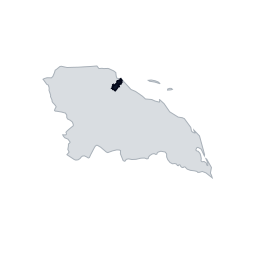 Arizona, Atlántida, Honduras shown in context, rotated 36°
{"feature_id": "27666195B1306465468635", "entity_name": "Arizona", "entity_type": "district", "adm_level": 2, "iso_a3": "HND", "parent_name": "Honduras", "parent_adm1": "Atlántida", "projection": "orthographic", "projection_center": [-87.352, 15.642], "detail": "fine", "context": "in_parent", "style": "filled", "palette": "ink", "viewbox_px": 256, "rotation_deg": 36, "n_neighbors": 0, "source": "geoboundaries", "source_scale": "gbopen_adm2", "svg_char_len": 4437}
<svg xmlns="http://www.w3.org/2000/svg" viewBox="0 0 256 256"><g transform="rotate(36 128 128)"><path d="M225.4,118.8L217.4,118.5L213.6,119.5L211.9,121.8L210.5,122.9L209.3,122.6L206.9,123.6L203.3,125.6L200.0,126.5L197.1,126.0L196.2,126.5L196.0,127.2L195.6,127.8L194.4,128.2L193.1,128.0L191.7,127.3L190.9,127.7L190.8,129.0L190.0,129.3L188.5,128.7L186.8,129.2L185.0,130.8L182.3,131.2L178.9,130.3L176.3,128.7L174.4,126.2L172.1,125.6L168.2,127.5L166.6,129.7L166.3,131.0L166.7,132.2L166.0,133.0L164.1,133.4L162.8,134.9L161.8,137.5L161.7,139.5L162.3,140.9L161.4,141.9L159.0,142.6L156.2,144.8L152.9,148.6L149.7,151.2L146.5,152.7L145.0,154.4L145.1,156.2L144.9,156.8L144.3,157.0L143.2,157.2L137.0,153.3L135.2,150.6L133.7,151.0L131.7,152.4L129.0,155.5L126.1,159.8L124.6,160.2L117.3,159.6L113.4,160.0L112.6,160.6L112.2,162.1L112.4,164.2L113.5,171.6L114.1,174.6L113.5,175.6L111.6,175.7L109.0,176.2L107.6,177.6L107.2,179.0L107.1,181.0L106.3,183.1L104.7,184.6L103.1,185.1L94.3,185.5L94.5,182.1L91.9,180.7L90.5,177.8L89.2,175.9L89.6,174.8L89.5,173.4L85.9,172.3L82.6,173.1L80.6,172.6L79.2,171.9L81.7,170.2L81.8,169.1L81.1,168.4L80.3,167.9L80.5,166.0L81.0,163.7L82.4,158.4L81.9,157.5L79.6,155.9L76.8,155.7L73.7,156.2L72.2,155.4L70.9,153.6L68.6,152.7L64.7,154.2L60.5,156.3L59.2,157.1L58.2,157.0L57.7,155.4L57.5,153.4L57.2,152.9L55.0,152.2L52.4,151.7L51.1,151.2L49.9,149.9L46.8,148.1L46.1,146.9L41.9,143.9L41.1,142.5L40.1,141.4L38.2,140.1L36.6,140.4L31.4,138.7L30.6,138.5L31.3,137.1L33.0,134.9L36.6,132.4L36.9,130.4L36.0,126.5L35.1,124.0L35.6,122.8L36.8,118.3L37.7,117.3L42.9,115.0L43.4,114.7L47.5,111.5L52.1,108.0L56.8,104.1L62.1,99.8L65.1,97.2L66.4,96.1L69.5,97.0L71.9,95.0L73.3,94.3L76.5,91.8L77.5,91.3L82.9,90.2L85.5,90.3L87.8,92.8L89.6,94.2L93.1,93.0L95.9,92.7L107.8,95.1L112.5,94.0L121.1,93.8L125.0,94.3L130.5,91.0L134.0,90.3L138.1,88.7L137.5,87.1L136.5,86.4L142.8,87.1L152.2,90.4L162.2,89.7L165.8,87.8L168.1,87.3L178.4,90.6L181.2,93.2L183.3,93.4L184.9,92.8L185.3,92.3L183.3,91.7L182.4,90.9L190.5,92.4L205.8,104.7L206.2,105.7L199.6,102.1L196.2,102.5L195.3,103.1L195.5,105.1L195.9,106.0L197.3,106.1L198.4,105.6L201.1,106.2L202.9,107.5L205.1,109.5L206.4,111.7L207.8,111.8L209.2,110.4L211.8,110.2L213.5,111.7L214.6,111.5L212.9,109.2L209.0,107.0L209.9,106.9L218.7,110.9L221.2,116.1L223.3,117.2L225.4,118.8ZM122.9,75.0L117.9,77.5L116.4,77.5L118.6,75.5L122.3,73.8L125.5,73.0L128.0,73.3L122.9,75.0ZM140.0,72.2L137.7,74.1L137.2,73.2L138.3,71.5L139.8,70.5L141.2,70.6L140.8,71.3L140.0,72.2Z" fill="#d9dde1" stroke="#a8b0b8" stroke-width="1"/><path d="M94.8,92.9L94.4,92.8L93.2,92.3L93.1,92.6L92.9,92.9L92.9,93.0L93.0,93.1L93.4,94.2L93.3,94.3L93.2,94.4L93.0,94.5L92.9,94.6L93.0,94.8L92.9,94.8L92.6,94.9L92.6,95.0L92.4,95.1L92.5,95.1L92.4,95.2L92.4,95.3L92.2,95.7L91.9,95.8L91.6,96.1L91.8,96.9L91.8,97.0L91.9,97.3L92.0,97.3L92.1,97.2L92.3,97.0L92.3,96.9L92.8,98.1L92.1,99.8L92.3,100.4L92.3,100.5L92.1,100.7L92.1,100.8L92.0,101.0L91.9,100.9L91.8,101.0L91.7,101.1L91.6,101.3L91.4,101.4L91.4,101.5L91.2,101.7L91.1,101.8L90.9,101.9L90.7,102.0L90.6,101.9L90.6,102.0L90.4,102.1L90.5,102.2L90.6,102.3L90.7,102.5L90.8,102.6L91.0,102.7L91.3,102.6L91.2,102.8L91.3,103.0L91.2,103.1L91.1,103.3L91.1,103.5L91.2,103.8L91.3,103.9L91.4,104.0L91.2,104.0L91.3,104.2L91.5,104.2L91.5,104.3L91.6,104.5L91.6,104.8L91.7,104.7L91.8,104.7L91.8,104.8L91.8,105.0L91.9,104.9L92.0,104.9L92.0,105.0L92.4,105.1L92.2,105.2L92.3,105.2L92.4,105.3L92.5,105.2L92.6,105.3L92.8,105.3L92.7,105.4L92.8,105.5L93.0,105.6L92.9,105.6L93.0,105.7L93.3,105.5L93.4,105.4L93.5,105.4L93.9,105.2L94.0,105.0L94.4,105.2L94.5,105.2L94.8,105.1L94.9,105.3L95.0,105.4L95.1,105.5L95.3,105.4L95.5,105.3L95.8,105.3L95.9,103.6L95.9,100.1L96.0,100.0L96.1,99.9L96.3,99.7L96.5,99.6L96.4,99.5L96.2,99.5L96.2,99.4L95.9,99.3L95.8,99.1L95.7,99.2L95.4,99.2L95.2,99.2L94.9,99.1L94.7,99.0L94.7,98.9L94.8,98.8L94.8,98.7L94.9,98.8L95.1,98.7L95.0,98.4L95.2,98.2L95.3,97.9L95.3,97.7L95.5,97.5L95.5,97.3L95.6,97.2L95.5,96.9L95.4,96.8L95.4,96.7L95.5,96.7L95.7,96.4L95.8,96.4L95.7,96.3L95.7,96.2L95.8,96.2L95.9,96.3L95.9,96.2L96.0,96.1L95.9,96.0L96.0,95.9L96.1,95.7L96.1,95.4L96.3,95.3L96.1,95.4L96.1,95.2L96.2,95.3L96.2,95.2L96.1,94.9L96.0,95.0L95.9,95.0L95.9,94.9L95.8,94.7L95.6,94.7L95.4,94.5L95.5,94.4L95.4,94.4L95.5,94.3L95.5,94.2L95.4,94.1L95.2,94.1L95.1,93.9L95.0,94.0L95.0,93.8L95.0,93.7L94.9,93.6L95.0,93.6L94.9,93.5L94.9,93.4L94.9,93.2L95.0,92.9L94.9,92.9L94.8,92.9Z" fill="#0f172a" stroke="#020617" stroke-width="1.5"/></g></svg>